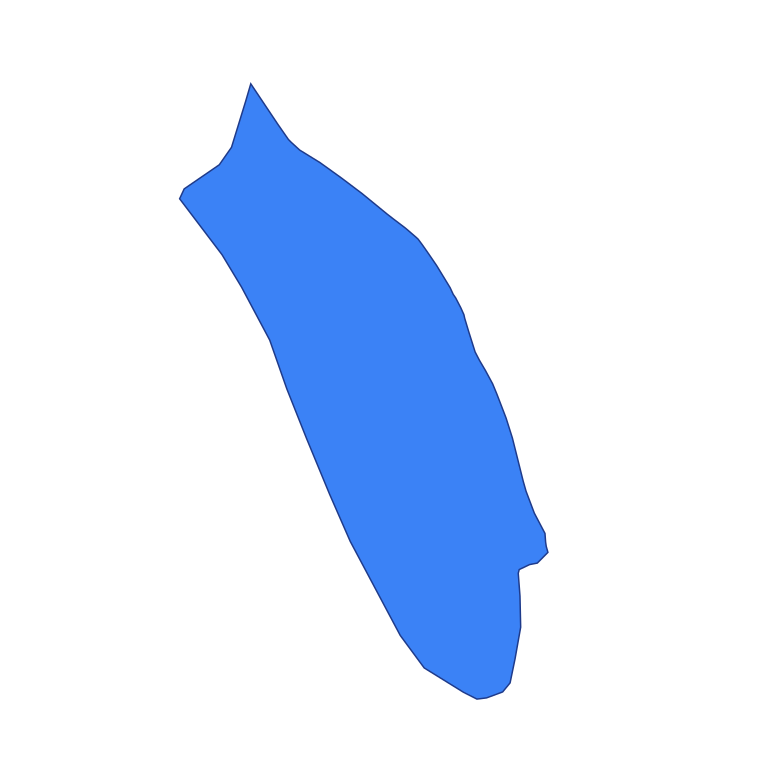 outline of Monchy/La Retraite, Gros Islet, Saint Lucia, rotated 332°
{"feature_id": "8701671B23608310651096", "entity_name": "Monchy/La Retraite", "entity_type": "district", "adm_level": 2, "iso_a3": "LCA", "parent_name": "Saint Lucia", "parent_adm1": "Gros Islet", "projection": "robinson", "projection_center": [-60.945, 14.064], "detail": "fine", "context": "isolated", "style": "filled", "palette": "blue", "viewbox_px": 768, "rotation_deg": 332, "n_neighbors": 0, "source": "geoboundaries", "source_scale": "gbopen_adm2", "svg_char_len": 984}
<svg xmlns="http://www.w3.org/2000/svg" viewBox="0 0 768 768"><g transform="rotate(332 384 384)"><path d="M407.3,56.4L394.4,69.6L360.5,103.4L341.5,113.1L299.2,117.9L290.5,124.5L301.7,193.9L303.7,231.6L303.7,291.6L295.9,342.7L290.0,396.0L284.2,456.0L280.3,507.1L280.3,559.0L280.3,613.7L286.2,653.6L309.5,693.6L318.1,705.8L321.9,707.3L327.2,709.3L344.2,711.6L355.0,707.1L370.6,688.3L390.5,662.9L404.5,635.1L413.7,614.1L416.3,611.3L427.8,611.8L435.3,614.1L449.7,609.6L451.0,603.6L452.5,599.4L456.0,591.5L456.1,568.6L459.1,545.3L461.3,535.1L472.0,492.0L475.8,471.4L478.9,446.2L480.0,434.9L479.9,419.9L479.4,408.0L479.5,398.4L480.2,394.7L483.5,376.9L486.1,363.9L487.1,360.3L487.6,352.6L487.7,341.6L487.2,337.4L487.6,330.0L486.1,304.4L485.0,294.3L484.2,287.3L483.1,278.5L482.1,272.0L481.1,269.2L476.1,256.4L469.6,242.3L466.3,234.9L454.1,205.7L443.3,182.5L431.5,158.6L419.4,137.9L415.6,127.2L414.4,123.2L412.2,104.8L407.3,56.4Z" fill="#3b82f6" stroke="#1e3a8a" stroke-width="1.5"/></g></svg>